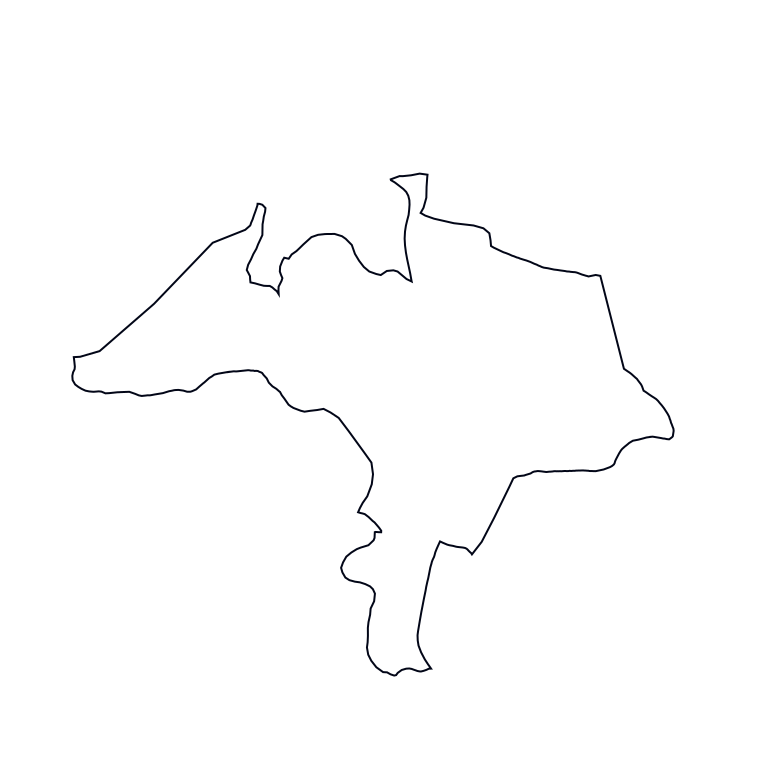 Bois D'Orange, Gros Islet, Saint Lucia (Natural Earth projection), rotated 310°
{"feature_id": "8701671B67132891165103", "entity_name": "Bois D'Orange", "entity_type": "district", "adm_level": 2, "iso_a3": "LCA", "parent_name": "Saint Lucia", "parent_adm1": "Gros Islet", "projection": "natural_earth1", "projection_center": [-60.96, 14.059], "detail": "fine", "context": "isolated", "style": "outline", "palette": "ink", "viewbox_px": 768, "rotation_deg": 310, "n_neighbors": 0, "source": "geoboundaries", "source_scale": "gbopen_adm2", "svg_char_len": 6166}
<svg xmlns="http://www.w3.org/2000/svg" viewBox="0 0 768 768"><g transform="rotate(310 384 384)"><path d="M570.1,413.6L569.0,411.1L567.5,407.5L567.1,406.0L566.3,404.4L565.4,401.5L564.6,399.6L563.8,396.6L562.7,393.3L561.7,390.8L560.4,385.8L559.5,382.3L559.0,380.4L558.5,377.3L562.5,373.3L567.2,367.8L567.2,360.1L563.0,350.7L552.1,334.2L542.8,316.1L539.5,307.3L538.6,302.1L544.4,301.0L553.9,296.7L562.5,289.8L570.2,284.2L572.3,282.8L568.1,276.1L561.3,270.6L555.2,264.7L553.3,262.3L549.3,260.0L545.1,257.6L544.6,258.3L545.3,262.3L545.4,263.6L545.6,268.0L545.8,273.5L545.4,277.6L543.8,281.6L541.1,285.3L537.8,288.3L533.5,291.4L529.3,294.2L524.2,296.6L519.4,299.0L514.3,302.1L508.7,306.3L503.7,311.0L498.8,316.3L494.5,321.5L485.7,332.8L480.6,338.9L480.3,339.3L478.9,333.8L478.9,322.1L477.1,318.1L472.4,313.5L465.4,311.5L463.3,307.4L460.7,300.4L460.7,293.3L462.4,285.7L465.0,278.1L469.8,270.0L470.6,261.4L470.2,256.8L467.2,249.7L461.1,242.6L455.9,237.6L449.9,234.0L439.1,232.5L433.9,232.0L429.5,231.5L423.9,230.0L418.7,230.5L416.6,226.4L413.3,226.9L407.3,228.9L403.2,231.9L401.3,235.1L399.8,238.1L397.2,239.2L393.4,240.1L390.8,240.7L388.1,242.8L385.1,245.6L386.2,242.2L386.1,239.4L386.2,236.4L385.7,233.5L384.2,231.7L382.0,228.8L380.1,224.8L378.2,220.5L376.0,216.4L378.2,214.1L380.5,212.0L382.0,208.4L383.1,205.6L388.0,203.3L394.0,202.0L399.5,200.4L405.6,199.3L409.9,197.8L419.9,195.1L428.3,188.3L431.3,186.6L435.0,184.3L439.5,182.2L442.6,180.1L443.1,175.6L442.0,172.9L440.8,171.3L439.5,172.2L436.0,173.6L433.4,174.6L429.8,175.9L425.5,177.6L422.0,178.6L420.2,179.4L419.2,179.6L412.9,178.6L382.1,162.0L297.6,156.3L226.4,145.0L209.5,133.7L205.2,129.1L202.1,132.4L198.6,136.0L196.4,137.5L193.1,138.3L189.9,140.0L186.8,143.0L185.1,147.7L185.3,151.7L185.9,155.5L187.0,159.6L188.8,162.9L190.6,165.5L191.5,166.7L195.0,170.2L196.5,172.4L197.8,176.6L200.3,179.3L206.1,184.9L209.6,188.7L214.3,193.9L215.4,196.8L216.5,199.7L217.7,203.5L219.1,206.1L221.9,208.8L223.5,210.3L224.9,212.0L225.8,212.8L228.5,215.0L234.9,220.5L238.0,222.5L240.3,224.0L242.6,225.9L244.1,227.0L245.1,227.9L247.4,230.4L250.0,234.6L251.5,238.1L252.7,239.6L253.6,240.6L254.3,241.1L255.3,241.7L259.1,243.6L263.4,244.2L268.7,245.1L269.3,245.3L276.4,246.3L278.9,247.2L280.9,247.7L282.1,248.0L285.4,250.4L293.0,256.8L294.7,258.4L291.8,255.9L297.0,260.6L298.8,262.9L307.3,271.1L308.3,272.6L308.6,273.3L310.3,275.3L310.7,276.3L312.2,278.0L312.9,279.1L313.2,280.6L313.9,282.5L314.1,283.6L313.5,286.0L312.9,290.6L311.0,294.9L310.5,300.1L311.1,304.6L311.0,308.8L311.1,309.4L309.7,312.9L308.8,316.9L306.8,324.2L307.0,327.4L307.3,328.9L307.4,329.9L308.3,332.5L310.0,337.4L311.7,340.9L313.4,342.4L315.9,344.6L321.2,349.6L326.1,353.7L327.8,361.3L328.9,371.1L325.2,387.2L318.9,412.5L315.7,424.9L307.8,433.6L299.3,439.1L287.2,443.4L279.3,444.1L273.5,445.3L269.1,446.6L270.1,449.0L270.3,449.4L270.9,450.5L271.8,452.5L272.0,453.2L272.1,455.7L272.2,457.7L271.8,463.4L271.9,465.7L270.9,471.8L270.6,473.2L269.8,476.2L268.6,477.1L267.0,475.1L266.6,474.5L265.3,472.7L264.6,472.2L260.0,475.7L257.6,476.5L250.5,475.7L243.7,471.3L240.0,469.3L233.9,467.3L227.5,466.1L221.0,467.3L215.6,469.3L212.9,473.3L210.9,478.8L211.5,483.6L213.9,488.8L216.6,493.1L218.7,498.3L220.0,503.4L219.7,507.4L217.6,511.8L211.2,516.1L203.4,518.1L198.3,521.7L191.6,525.2L186.8,528.4L180.7,533.6L175.6,537.5L171.2,540.3L166.5,545.9L163.8,552.2L162.1,560.2L162.7,568.5L165.1,571.7L165.8,575.6L167.2,579.2L168.8,580.4L171.5,580.2L176.3,581.4L180.2,584.0L182.3,586.2L183.5,588.3L184.4,590.8L185.0,592.3L185.6,594.0L186.7,596.0L187.5,597.1L189.7,598.7L192.2,600.2L194.8,601.4L196.2,603.0L197.2,599.4L197.5,598.1L199.3,592.2L202.3,584.9L205.8,578.6L209.2,574.7L213.1,571.2L216.5,569.0L226.2,563.3L233.8,558.9L236.2,557.6L245.0,552.7L252.4,548.7L255.8,546.7L260.6,544.2L263.5,542.8L269.5,539.5L273.1,537.5L277.3,535.6L276.1,536.2L278.5,535.0L280.8,534.2L283.6,533.5L285.3,532.8L288.0,531.5L291.6,530.3L295.8,529.1L296.2,529.0L299.4,528.1L300.0,530.3L300.2,531.1L300.9,533.4L301.6,535.7L302.5,537.7L304.4,541.0L305.7,543.8L306.6,545.3L309.4,549.5L310.5,551.5L310.9,553.1L310.9,554.4L310.7,555.6L310.5,557.8L310.5,559.4L310.0,560.9L325.9,560.3L352.3,554.4L385.8,546.1L394.9,543.7L399.0,545.5L401.6,547.9L403.6,549.8L404.4,550.5L404.8,550.6L409.7,553.8L411.4,554.3L412.4,554.7L413.7,555.5L414.6,556.4L415.8,557.4L416.3,557.9L417.9,560.2L418.5,561.1L419.3,562.4L420.2,563.8L420.9,564.9L423.1,567.0L423.7,567.7L424.6,568.6L425.3,569.3L426.7,570.5L428.1,572.3L428.5,572.8L429.0,573.3L429.4,573.9L429.9,574.4L430.5,575.1L431.2,576.0L432.2,577.0L433.5,578.3L433.8,578.7L434.2,579.2L434.9,580.2L435.3,580.6L435.7,581.1L436.5,581.8L436.8,582.0L437.2,582.6L437.6,583.2L438.0,583.6L438.9,584.5L439.6,585.3L440.4,586.2L440.7,586.4L441.0,586.7L441.8,587.6L442.9,588.8L443.7,589.8L444.3,590.4L445.8,592.1L446.2,592.7L446.7,593.3L447.9,595.0L448.9,596.3L449.4,597.3L450.2,598.3L450.8,599.0L451.0,599.3L453.3,602.2L459.7,607.2L465.5,610.5L467.5,611.3L469.4,611.7L470.3,611.8L471.7,611.5L472.5,611.1L474.0,610.5L476.0,610.0L482.0,608.7L485.6,608.2L487.4,608.2L491.0,608.7L491.7,608.9L492.4,609.0L493.4,609.2L495.0,609.5L495.9,609.6L496.2,609.7L496.7,609.8L500.5,611.1L501.0,611.5L504.8,614.6L509.6,618.0L511.1,619.0L511.8,619.5L515.8,623.1L514.1,621.4L516.3,623.6L517.1,624.9L520.8,631.2L521.4,632.4L522.1,633.5L522.4,633.8L523.6,636.1L524.9,638.0L526.4,638.4L528.7,638.9L529.7,638.8L534.3,636.0L535.8,634.4L536.7,632.7L538.2,630.1L538.8,628.8L540.1,627.0L541.0,625.3L542.3,623.3L543.5,620.3L544.7,616.4L545.4,614.1L546.2,610.5L546.7,607.3L547.2,604.9L547.4,602.3L547.1,599.5L546.8,597.4L546.4,593.7L546.2,590.7L545.9,588.1L545.7,587.2L548.0,583.3L548.9,581.2L550.1,575.9L550.5,574.5L550.5,572.6L550.6,569.8L550.7,567.2L550.6,564.8L550.3,562.2L549.9,558.0L605.9,480.2L603.6,476.1L597.8,471.5L597.3,470.2L596.6,468.8L596.2,467.8L595.1,465.3L594.4,463.3L593.7,461.2L593.2,459.9L592.4,458.4L591.5,457.2L590.6,455.9L589.9,454.9L589.3,453.8L587.8,451.8L586.9,450.1L585.9,448.5L584.3,446.0L582.8,443.5L580.9,440.6L578.0,435.1L575.9,431.7L575.1,429.8L574.6,427.9L574.0,426.2L573.6,424.3L572.7,421.8L571.6,417.7L570.9,415.8L570.1,413.6Z" fill="none" stroke="#020617" stroke-width="2"/></g></svg>